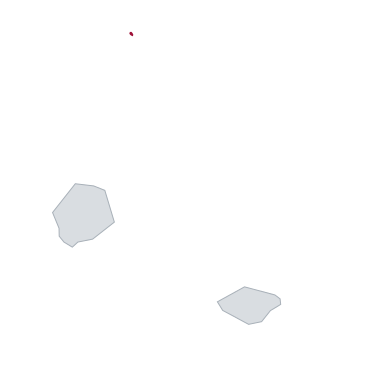 Antigua and Barbuda, with Redonda highlighted, rotated 120°
{"feature_id": "ATG-5092", "entity_name": "Redonda", "entity_type": "Dependency", "adm_level": 1, "iso_a3": "ATG", "parent_name": "Antigua and Barbuda", "parent_adm1": "", "projection": "albers", "projection_center": [-62.345, 16.936], "detail": "fine", "context": "in_parent", "style": "filled", "palette": "rose", "viewbox_px": 384, "rotation_deg": 120, "n_neighbors": 0, "source": "natural_earth", "source_scale": "10m", "svg_char_len": 601}
<svg xmlns="http://www.w3.org/2000/svg" viewBox="0 0 384 384"><g transform="rotate(120 192 192)"><path d="M289.9,289.0L279.5,302.5L243.2,297.2L235.9,280.2L234.2,268.3L256.9,244.2L282.5,254.5L292.4,265.8L299.6,268.1L299.4,277.8L296.7,284.9L289.9,289.0ZM279.2,106.2L274.4,115.1L247.9,99.1L239.7,68.7L240.5,62.3L245.0,59.0L255.5,64.8L269.5,66.9L278.3,76.8L279.2,106.2Z" fill="#d9dde1" stroke="#a8b0b8" stroke-width="1"/><path d="M85.3,322.6L85.6,322.1L86.1,322.0L86.2,322.8L86.1,323.9L85.7,324.8L84.8,325.0L84.4,324.4L84.8,323.2L85.3,322.6Z" fill="#f43f5e" stroke="#9f1239" stroke-width="1.5"/></g></svg>